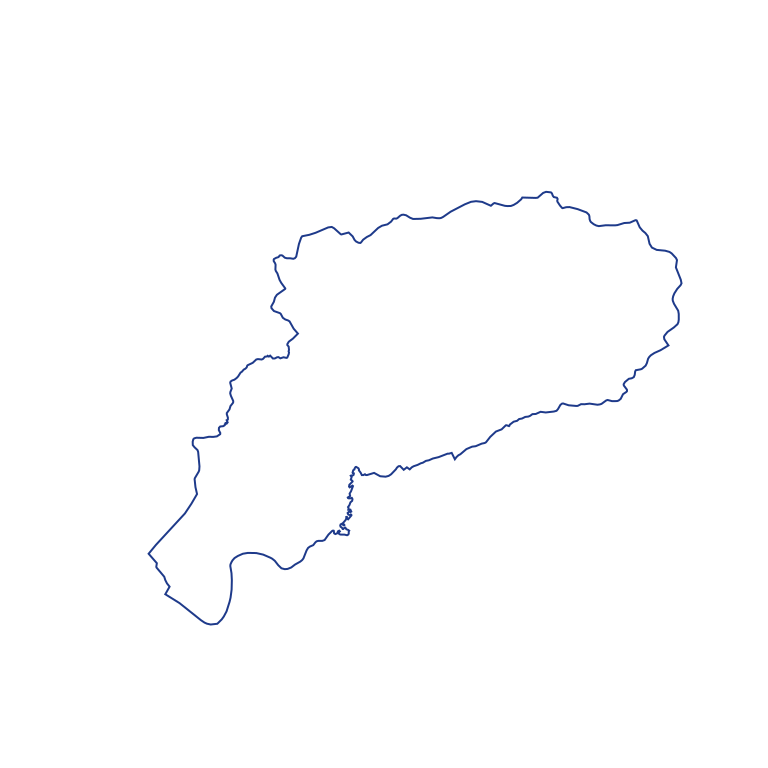 Thap Put, Phangnga, Thailand (Mercator projection), rotated 49°
{"feature_id": "78962969B9320754412882", "entity_name": "Thap Put", "entity_type": "district", "adm_level": 2, "iso_a3": "THA", "parent_name": "Thailand", "parent_adm1": "Phangnga", "projection": "mercator", "projection_center": [98.637, 8.519], "detail": "fine", "context": "isolated", "style": "outline", "palette": "blue", "viewbox_px": 768, "rotation_deg": 49, "n_neighbors": 0, "source": "geoboundaries", "source_scale": "gbopen_adm2", "svg_char_len": 6144}
<svg xmlns="http://www.w3.org/2000/svg" viewBox="0 0 768 768"><g transform="rotate(49 384 384)"><path d="M497.2,315.7L497.5,310.9L499.1,307.7L499.1,305.0L500.6,302.5L501.5,299.0L503.3,296.4L503.9,294.5L504.1,291.8L506.2,289.1L507.7,284.1L511.6,280.6L516.2,273.9L517.4,271.4L517.1,269.2L515.5,264.6L515.6,262.5L516.2,261.6L521.2,258.6L526.8,253.2L527.6,252.1L528.5,248.5L530.8,246.0L533.7,241.7L539.7,236.5L541.0,234.5L541.7,232.9L542.2,227.0L542.8,225.7L546.6,223.1L549.8,219.3L550.4,217.8L550.5,215.1L548.5,210.3L549.0,206.2L548.8,205.3L547.9,204.5L547.0,204.3L542.5,204.0L541.4,203.3L540.6,200.9L540.7,195.8L542.2,193.3L542.7,191.0L541.6,188.8L539.3,186.2L538.8,184.9L541.4,180.5L541.8,179.2L541.8,174.5L540.7,171.9L538.2,168.1L537.6,166.1L537.4,163.7L538.0,159.5L539.9,153.2L541.5,144.0L534.2,143.1L532.1,141.8L531.5,140.5L530.7,135.8L531.5,128.2L531.4,123.2L530.5,121.3L528.8,119.3L524.5,115.6L521.7,113.9L513.7,112.5L510.6,111.4L509.1,110.3L507.5,108.2L506.1,105.4L504.6,100.3L504.0,95.3L503.2,93.4L500.0,91.6L487.5,87.2L482.7,81.6L480.5,81.0L474.2,81.2L471.6,81.9L467.8,84.4L461.7,90.2L456.8,92.3L452.4,91.6L445.5,87.9L441.5,87.7L437.8,88.3L433.5,88.2L426.4,86.0L425.6,86.4L425.2,87.2L423.5,92.7L420.1,97.1L417.2,103.6L415.8,105.6L409.6,112.6L405.8,118.3L403.7,119.8L401.0,120.9L397.5,121.6L396.2,121.4L394.5,120.7L392.1,118.9L390.6,118.3L387.4,118.6L379.1,123.1L372.2,127.9L370.1,130.5L368.5,133.8L367.9,134.1L364.8,134.1L360.2,133.5L359.4,133.1L358.3,131.6L356.9,131.3L354.3,133.2L352.7,133.1L350.3,132.2L348.9,132.3L345.3,135.6L344.2,138.5L344.2,145.8L343.1,147.4L334.0,157.3L334.6,159.3L334.6,164.7L333.9,168.7L332.9,171.4L330.7,174.1L328.8,175.9L320.0,181.8L319.6,182.9L319.6,186.4L311.0,190.4L306.4,194.6L303.6,198.8L301.4,205.2L297.7,220.6L296.7,229.7L296.2,231.8L295.5,233.1L293.6,235.2L290.0,238.2L283.4,247.9L278.5,253.8L275.5,255.3L271.2,256.6L269.0,258.2L268.0,259.6L267.6,261.4L267.6,265.1L267.2,266.3L265.7,267.8L265.4,268.8L266.1,272.1L265.8,276.6L263.2,281.7L262.4,286.0L262.8,296.5L261.8,300.5L261.4,305.1L262.1,308.5L262.0,309.4L260.6,310.6L258.1,311.6L255.9,311.7L252.1,310.8L246.5,311.3L243.2,318.0L242.6,318.4L233.7,319.5L231.2,320.4L229.2,323.4L225.0,336.4L222.4,342.5L218.8,348.8L219.2,350.5L222.5,356.3L230.3,366.7L230.6,368.7L230.0,370.3L227.6,372.3L225.4,374.8L223.6,376.0L220.4,376.4L219.4,377.1L218.6,378.4L219.0,380.4L218.0,382.6L217.5,385.1L217.8,385.7L218.9,386.6L221.5,387.0L222.9,387.6L226.4,390.9L227.8,391.5L230.6,391.9L236.9,394.5L240.2,395.2L247.1,395.8L247.4,396.2L246.4,406.3L247.3,409.6L249.7,413.2L251.5,418.2L253.0,419.2L256.7,419.2L262.2,416.1L263.3,415.9L267.6,416.9L270.5,416.2L273.1,414.7L274.8,414.2L283.0,415.9L289.5,415.9L290.0,423.0L289.6,428.1L290.5,430.8L291.2,431.4L293.2,431.4L295.9,433.3L296.8,434.6L297.9,435.0L299.0,436.4L300.6,439.7L300.3,440.5L297.9,442.3L296.6,445.4L294.5,446.0L293.7,447.1L293.1,449.6L291.9,451.1L287.9,451.3L287.8,452.9L286.4,453.3L286.5,454.2L285.3,455.9L285.7,458.7L285.3,460.2L282.5,462.8L281.7,464.3L281.9,469.2L280.4,474.5L280.4,475.1L281.4,476.8L281.5,478.6L281.1,480.4L281.5,483.3L281.3,484.8L282.6,489.2L282.8,491.3L282.6,494.1L281.7,496.3L281.5,498.2L282.2,499.3L287.5,501.9L289.3,505.3L290.3,506.3L292.5,507.3L297.8,508.9L298.7,509.6L299.2,510.5L299.9,514.3L301.8,517.3L302.8,521.7L303.7,522.5L307.0,523.9L308.4,525.2L308.1,526.5L310.4,527.2L310.6,528.4L309.8,528.5L309.5,529.2L310.3,530.0L310.0,530.6L310.6,531.2L310.5,532.2L310.3,533.1L308.6,535.5L308.8,537.3L310.4,538.9L313.6,539.7L314.4,540.6L313.9,544.5L311.8,547.7L309.0,550.7L306.2,555.7L301.5,560.8L300.5,562.9L300.6,564.2L302.1,566.3L304.7,568.4L307.4,568.5L311.5,568.1L313.3,568.8L325.1,577.3L327.9,580.1L328.6,581.4L331.0,588.6L331.6,589.4L338.2,594.0L344.4,597.3L348.0,607.9L351.1,619.2L355.8,661.7L357.7,673.0L370.2,673.0L372.6,675.8L373.3,676.1L385.3,676.3L388.5,677.7L392.1,678.6L396.3,678.8L399.2,687.0L415.1,682.1L442.2,677.1L446.3,676.0L448.7,674.9L451.8,672.6L455.6,667.1L455.2,660.9L454.4,657.5L452.3,652.0L447.1,643.5L444.6,640.0L439.2,633.9L432.2,627.5L426.7,623.2L420.5,619.4L419.4,618.2L418.3,615.8L417.7,614.0L417.3,611.0L417.9,607.1L419.5,601.9L422.2,597.5L427.8,591.3L433.5,587.1L440.6,583.7L442.5,583.0L445.8,582.4L451.4,582.7L455.8,582.3L458.6,580.4L460.3,578.1L461.6,574.4L461.9,569.6L463.1,563.8L463.2,561.4L462.8,559.3L458.8,551.6L457.9,548.8L458.1,546.5L459.2,543.1L458.5,539.8L458.5,538.1L459.3,536.5L461.9,533.5L462.8,531.2L461.2,524.7L460.9,519.4L461.2,518.6L461.8,518.2L464.0,519.6L465.3,519.2L466.0,517.3L465.0,515.4L465.3,514.0L466.3,514.0L466.4,515.5L466.9,516.1L467.7,516.2L468.9,515.8L471.8,512.6L473.9,511.1L474.2,509.7L473.8,508.8L472.2,507.4L471.9,506.5L470.6,506.8L468.9,507.7L467.2,507.4L466.6,508.4L466.7,509.9L466.3,510.3L464.8,510.0L463.2,510.4L462.1,509.9L461.5,508.9L461.7,507.8L464.5,507.0L464.7,506.7L464.2,506.3L462.4,506.5L462.0,506.2L461.5,502.3L460.7,500.6L459.6,499.7L459.9,499.2L461.6,500.2L462.6,499.9L461.8,494.8L461.4,494.5L460.7,494.6L460.6,495.5L459.8,496.3L458.5,496.5L457.5,496.1L457.4,494.0L458.6,493.4L458.8,492.4L456.8,491.8L455.4,493.4L454.4,492.1L453.3,491.9L452.7,489.5L451.3,487.0L451.3,484.7L450.2,483.3L448.9,483.0L448.1,484.6L447.0,485.8L446.5,486.0L445.9,485.8L446.3,483.0L444.2,481.9L443.3,479.2L440.7,474.4L440.0,474.5L439.5,477.7L438.5,477.7L437.3,476.2L437.0,471.7L436.3,471.4L434.4,471.8L433.0,469.5L431.4,469.3L431.5,468.8L432.5,467.7L432.6,466.5L431.7,465.4L430.8,466.0L430.3,465.9L428.9,463.8L429.1,462.4L428.5,461.8L428.0,459.9L428.3,459.4L430.8,458.6L432.0,458.9L432.7,459.6L435.6,459.8L438.2,460.5L439.2,459.3L439.6,457.6L440.6,457.5L441.5,456.7L444.6,449.8L451.1,447.4L455.0,443.6L456.4,440.8L456.8,437.9L456.2,431.1L455.6,429.0L455.6,427.0L456.5,425.7L461.7,425.4L461.9,421.4L465.3,420.6L465.1,417.7L465.5,415.6L467.1,411.7L468.0,408.2L468.9,406.3L469.5,402.8L471.0,400.2L472.3,396.0L475.0,390.8L478.3,381.7L479.2,380.7L480.4,378.1L487.3,379.9L486.7,377.3L486.6,374.6L487.1,372.5L487.2,364.5L489.1,358.6L491.1,355.6L493.1,349.4L494.6,346.7L494.9,345.3L493.6,338.5L493.3,330.7L495.4,325.0L495.1,319.2L495.6,318.5L497.8,317.3L497.8,316.8L497.2,315.7Z" fill="none" stroke="#1e3a8a" stroke-width="2"/></g></svg>